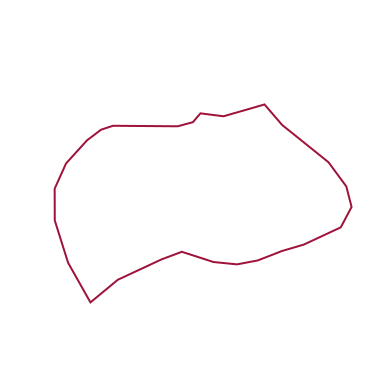 the border of Inverclyde, rotated 335°
{"feature_id": "GBR-2005", "entity_name": "Inverclyde", "entity_type": "Unitary District", "adm_level": 1, "iso_a3": "GBR", "parent_name": "United Kingdom", "parent_adm1": "", "projection": "albers", "projection_center": [-4.735, 55.9], "detail": "fine", "context": "isolated", "style": "outline", "palette": "rose", "viewbox_px": 384, "rotation_deg": 335, "n_neighbors": 0, "source": "natural_earth", "source_scale": "10m", "svg_char_len": 528}
<svg xmlns="http://www.w3.org/2000/svg" viewBox="0 0 384 384"><g transform="rotate(335 192 192)"><path d="M53.3,249.1L49.8,203.8L55.6,159.8L68.9,131.0L89.9,112.9L118.7,100.8L135.9,97.1L148.4,98.6L206.8,126.4L222.3,129.1L232.9,124.3L252.6,136.7L294.7,143.3L302.0,169.3L314.7,195.1L328.3,222.8L334.2,252.2L330.3,273.0L311.9,286.9L293.5,286.9L271.1,286.9L248.8,283.5L222.6,281.8L202.2,276.6L181.8,264.5L179.7,262.5L157.5,241.9L136.2,240.2L87.6,240.2L55.3,248.6L53.3,249.1Z" fill="none" stroke="#9f1239" stroke-width="2"/></g></svg>